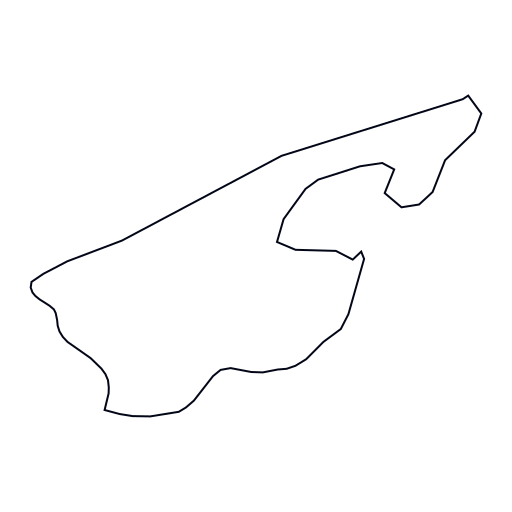 SVG path tracing the border of Tunis
{"feature_id": "TUN-108", "entity_name": "Tunis", "entity_type": "Governorate", "adm_level": 1, "iso_a3": "TUN", "parent_name": "Tunisia", "parent_adm1": "", "projection": "robinson", "projection_center": [10.151, 36.789], "detail": "fine", "context": "isolated", "style": "outline", "palette": "ink", "viewbox_px": 512, "rotation_deg": 0, "n_neighbors": 0, "source": "natural_earth", "source_scale": "10m", "svg_char_len": 876}
<svg xmlns="http://www.w3.org/2000/svg" viewBox="0 0 512 512"><path d="M468.2,95.6L481.3,113.5L474.6,131.7L445.1,160.2L432.6,192.0L419.1,204.5L401.5,207.3L384.7,193.1L394.2,169.4L382.2,163.0L360.0,166.3L318.2,179.6L305.6,188.8L283.6,219.1L277.0,242.0L295.5,249.8L335.9,250.9L352.7,259.6L361.2,251.6L364.1,258.9L348.4,314.2L340.8,329.0L323.4,341.9L306.2,359.2L295.4,365.8L286.6,368.8L277.8,369.5L262.8,372.4L251.2,372.0L230.6,368.1L220.6,369.9L213.0,376.1L193.9,400.6L185.9,407.5L178.8,411.8L150.2,416.4L132.5,416.1L119.5,414.0L104.6,410.0L108.6,393.5L108.8,387.6L108.0,380.2L105.4,374.1L101.4,368.6L90.7,358.2L67.5,341.9L62.9,337.0L59.5,331.5L57.7,325.8L57.1,319.9L55.7,313.1L53.9,309.4L49.5,305.7L39.6,299.4L35.3,295.9L32.5,292.5L30.7,287.6L31.5,281.9L43.4,273.8L67.3,261.3L121.9,240.6L281.6,155.8L462.7,99.2L468.2,95.6Z" fill="none" stroke="#020617" stroke-width="2"/></svg>